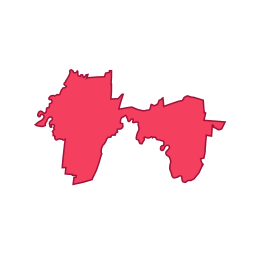 the district of Rafov, Prahova, Romania, rotated 140°
{"feature_id": "2599482B7706005984570", "entity_name": "Rafov", "entity_type": "district", "adm_level": 2, "iso_a3": "ROU", "parent_name": "Romania", "parent_adm1": "Prahova", "projection": "equal_earth", "projection_center": [26.169, 44.85], "detail": "fine", "context": "isolated", "style": "filled", "palette": "rose", "viewbox_px": 256, "rotation_deg": 140, "n_neighbors": 0, "source": "geoboundaries", "source_scale": "gbopen_adm2", "svg_char_len": 5973}
<svg xmlns="http://www.w3.org/2000/svg" viewBox="0 0 256 256"><g transform="rotate(140 128 128)"><path d="M136.3,208.7L137.1,207.5L137.5,207.1L139.1,206.3L142.2,205.0L145.0,204.2L146.7,203.4L148.3,203.2L148.7,202.9L148.9,202.5L149.0,201.9L148.7,200.9L148.3,200.0L148.4,199.6L148.7,199.4L150.0,199.3L150.8,199.6L152.1,200.5L153.1,200.1L154.4,200.0L155.2,199.6L157.8,198.1L158.5,197.7L159.1,197.7L159.9,198.0L160.4,198.8L161.0,199.2L162.8,199.4L163.5,199.7L164.0,200.6L165.8,201.9L166.3,202.1L168.2,202.1L168.8,202.0L169.6,201.5L170.0,200.7L169.9,200.2L169.7,199.9L168.8,199.4L168.6,199.1L168.6,198.8L168.7,198.1L169.1,197.2L170.0,196.4L170.8,196.4L172.1,197.0L172.7,196.9L174.8,194.7L175.1,194.6L176.0,194.8L176.5,195.2L177.5,195.5L178.3,194.9L179.5,193.6L180.7,192.9L181.7,192.8L182.4,192.9L182.9,193.6L183.3,195.9L184.0,197.0L184.5,197.3L185.3,197.5L185.9,197.5L187.1,197.1L188.5,196.3L188.9,195.9L189.1,195.6L189.2,194.6L189.1,194.2L188.8,193.7L188.3,193.4L187.7,193.5L187.0,194.0L186.6,194.1L185.5,193.8L184.9,193.4L184.6,192.7L184.5,192.0L185.0,190.7L185.4,190.3L186.1,189.9L188.2,189.4L189.6,189.5L192.7,190.1L196.9,190.1L196.4,188.6L196.1,188.1L193.5,185.0L192.1,183.9L190.3,183.2L189.8,183.1L189.3,183.6L188.9,184.2L187.3,185.1L186.1,185.3L184.4,186.4L182.5,186.9L181.6,186.9L180.6,186.5L179.8,185.6L179.6,185.3L179.6,184.6L180.1,183.6L180.8,183.1L181.8,182.9L183.2,183.1L184.8,182.5L185.4,181.9L186.8,179.2L186.8,178.4L186.3,177.9L185.7,177.9L185.6,178.1L185.5,178.5L185.0,179.5L184.4,179.7L183.0,178.5L182.7,177.8L182.8,177.3L183.1,176.8L183.5,176.5L184.9,176.0L185.2,174.3L187.0,174.2L188.2,173.8L188.3,172.9L188.7,171.8L189.4,171.3L189.9,170.5L190.2,170.3L189.8,169.9L189.3,168.5L190.3,167.9L191.0,166.0L190.8,165.3L190.3,164.7L189.7,164.5L188.4,164.3L187.5,163.9L186.6,162.5L186.0,162.1L185.7,161.7L185.6,160.7L185.0,160.1L184.4,159.8L183.5,159.8L184.7,158.4L188.3,155.2L189.1,154.1L189.6,153.9L190.4,153.1L197.6,146.2L203.9,139.9L201.0,137.6L205.6,133.2L200.4,128.1L201.0,127.5L198.2,124.9L199.6,123.6L201.1,124.9L206.3,120.1L200.3,116.9L197.0,115.2L188.7,111.6L187.3,112.4L180.1,115.6L177.9,116.8L171.2,120.9L168.9,122.6L164.7,125.1L164.5,125.3L164.4,126.0L164.2,126.7L161.7,129.3L161.1,129.5L159.5,130.5L158.9,130.6L158.1,131.0L156.5,131.1L154.4,131.7L151.0,133.4L149.5,133.6L149.0,133.5L148.5,133.2L147.2,132.1L146.7,132.1L145.9,132.7L144.8,132.7L144.0,132.5L143.4,131.5L142.4,130.8L142.0,130.9L141.3,131.7L140.8,131.9L140.1,132.0L138.9,131.6L138.4,131.7L138.0,132.9L137.6,133.4L137.0,133.7L136.3,133.6L134.8,132.3L133.9,131.9L133.3,131.8L132.0,131.9L131.3,132.2L130.8,132.5L130.3,133.3L130.0,133.9L129.3,134.7L129.4,135.0L130.4,136.3L130.6,136.8L130.1,137.4L128.3,139.1L127.2,139.7L126.0,140.0L125.4,139.9L124.5,139.5L122.4,139.4L121.9,139.3L121.5,138.9L122.7,134.9L123.4,133.6L123.4,132.7L123.2,132.4L122.7,132.2L122.1,132.2L120.9,132.4L119.8,132.5L118.8,132.2L118.5,131.6L118.5,131.3L119.0,130.7L120.2,129.9L120.7,129.4L120.7,129.1L120.4,128.6L117.4,127.0L116.9,126.1L116.8,125.4L117.1,124.8L118.1,124.2L119.2,121.6L120.4,120.0L121.3,119.3L123.5,118.4L125.8,117.0L127.7,115.5L128.5,114.5L128.7,114.1L128.6,113.7L128.1,112.8L127.8,112.0L127.8,111.8L128.1,110.7L128.7,109.4L128.8,108.8L128.6,108.1L128.1,107.4L127.4,107.0L126.9,107.1L125.9,107.6L122.9,108.6L122.5,109.1L122.3,109.8L121.9,110.3L121.3,110.4L120.8,110.0L119.8,108.3L118.9,107.3L117.7,106.6L116.3,106.5L115.6,106.2L115.4,105.8L115.6,104.8L114.1,104.6L113.1,103.3L112.8,102.6L113.1,102.3L113.2,102.0L113.4,101.3L113.3,100.5L111.3,98.2L110.7,97.0L109.6,95.6L109.3,94.9L109.4,94.5L109.8,93.8L111.4,92.1L112.0,92.0L114.0,92.7L114.9,92.5L115.4,92.2L116.1,91.6L116.8,90.8L116.9,90.0L116.8,89.6L116.7,89.3L116.2,88.7L115.0,88.4L113.3,89.0L111.7,89.9L111.0,90.0L110.3,90.0L109.3,89.7L108.7,89.2L108.2,88.5L108.1,88.0L108.4,86.9L109.1,86.3L109.5,86.1L110.6,85.7L113.9,85.3L114.7,84.9L115.2,84.5L115.8,83.1L115.8,82.1L115.0,79.6L115.1,78.9L115.5,77.6L116.3,75.7L117.1,74.5L119.3,72.9L121.4,70.9L122.3,69.8L122.8,68.7L123.1,67.3L124.0,65.4L125.1,62.9L125.3,61.7L125.2,60.9L125.0,60.4L124.4,59.9L123.6,59.4L122.4,59.0L121.8,58.5L120.3,58.4L119.2,58.1L118.6,57.6L118.2,57.1L118.1,56.6L118.2,56.0L119.6,54.1L120.1,53.1L120.4,52.2L120.4,51.5L120.2,51.0L119.2,49.6L118.9,49.4L117.3,49.4L116.1,49.2L114.6,48.3L113.4,47.3L110.1,46.6L102.4,48.1L95.4,51.4L95.3,51.5L95.2,51.3L93.8,51.9L94.2,52.4L94.2,52.9L93.7,53.9L93.2,55.8L92.4,57.0L92.1,57.8L89.2,56.2L85.3,59.3L83.9,60.6L81.6,63.2L80.3,64.3L78.8,66.0L72.6,72.2L72.0,71.3L69.2,68.1L61.5,76.1L61.2,75.9L61.2,75.4L61.0,74.9L61.9,73.8L61.6,72.9L60.5,70.6L60.4,69.3L59.8,68.8L59.7,68.4L59.2,68.0L58.6,67.9L58.2,67.5L56.8,67.1L49.7,70.2L64.9,85.1L58.9,89.5L59.2,90.8L59.7,90.8L57.7,93.8L52.5,100.9L58.2,109.6L58.3,109.7L58.8,109.9L61.2,113.1L61.3,113.3L61.1,113.4L61.5,114.0L62.3,114.7L63.6,114.9L64.6,115.2L65.3,115.1L65.7,115.2L68.6,114.0L71.7,115.8L81.4,119.6L86.8,121.6L83.7,125.9L81.9,128.6L83.0,128.8L84.0,128.5L84.5,128.6L86.4,129.2L88.2,128.2L89.4,127.4L89.9,127.3L90.9,127.6L91.8,127.5L92.7,127.9L94.2,128.8L94.3,129.9L95.0,131.1L95.4,131.0L98.2,128.9L99.5,128.2L100.4,128.4L102.8,129.9L103.9,130.3L105.6,131.7L109.0,136.4L111.6,141.5L115.3,143.9L122.0,147.7L122.8,148.4L117.5,152.2L110.0,156.9L110.5,157.4L111.2,157.6L116.8,156.8L122.5,161.2L117.4,166.4L112.5,172.2L112.9,172.4L107.7,177.9L103.8,182.5L104.7,183.1L104.9,183.5L105.4,183.8L106.4,182.6L109.8,184.4L110.5,184.1L113.1,182.3L118.2,186.4L127.2,192.9L127.3,192.9L124.3,194.7L124.7,195.0L125.8,195.7L127.1,195.0L127.9,195.3L128.9,195.0L129.5,195.1L129.6,195.9L128.6,197.7L128.6,197.9L129.0,198.1L129.5,198.8L129.8,199.0L130.2,198.6L130.9,198.2L131.6,198.2L131.8,198.5L131.8,198.8L131.9,199.2L132.3,200.0L132.3,200.7L131.5,202.0L130.8,202.7L130.2,203.6L130.2,204.3L131.1,204.0L132.2,203.9L132.7,204.1L133.5,204.6L133.7,204.9L133.9,205.5L133.8,206.2L133.5,206.6L133.5,207.2L134.0,208.9L134.5,209.3L135.1,209.4L135.8,209.2L136.3,208.7Z" fill="#f43f5e" stroke="#9f1239" stroke-width="1.5"/></g></svg>